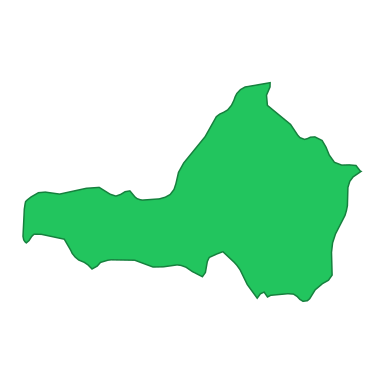 map outline of Nueva Segovia (Natural Earth projection)
{"feature_id": "NIC-667", "entity_name": "Nueva Segovia", "entity_type": "Department", "adm_level": 1, "iso_a3": "NIC", "parent_name": "Nicaragua", "parent_adm1": "", "projection": "natural_earth1", "projection_center": [-86.233, 13.77], "detail": "fine", "context": "isolated", "style": "filled", "palette": "green", "viewbox_px": 384, "rotation_deg": 0, "n_neighbors": 0, "source": "natural_earth", "source_scale": "10m", "svg_char_len": 1571}
<svg xmlns="http://www.w3.org/2000/svg" viewBox="0 0 384 384"><path d="M270.1,82.7L270.0,87.0L266.5,95.2L267.4,105.4L290.6,124.5L297.7,135.2L299.9,137.6L304.5,139.4L307.5,138.6L310.4,137.2L314.9,136.9L322.1,140.5L326.0,147.2L329.2,155.0L334.4,162.3L341.7,165.1L349.3,164.9L356.0,165.5L360.3,171.1L361.0,171.4L353.1,176.9L349.8,181.3L347.9,187.5L347.4,205.7L346.4,210.7L345.0,215.4L335.5,233.9L332.6,242.8L331.5,252.3L332.1,275.1L328.5,280.2L322.5,283.6L315.2,289.8L309.7,298.7L307.4,300.7L303.0,301.3L299.9,299.4L297.2,296.5L293.5,294.1L287.9,293.7L270.7,295.3L267.5,297.0L264.1,292.1L260.4,293.8L257.2,298.2L247.3,284.6L240.1,269.8L236.9,265.3L234.2,262.3L222.9,251.7L216.5,254.1L209.3,257.4L208.4,259.1L207.3,261.6L205.4,272.5L202.4,276.7L192.4,271.6L186.0,267.2L181.0,265.4L177.1,264.9L163.5,266.8L153.0,267.0L134.7,260.2L111.1,259.8L107.9,260.2L100.5,262.4L97.2,266.1L92.0,269.0L88.0,264.9L84.2,262.3L78.7,260.0L75.1,257.0L72.2,253.4L70.7,250.2L64.3,239.2L41.3,234.3L34.1,234.2L32.6,235.5L31.5,236.7L29.0,240.6L26.3,242.9L25.0,241.8L23.7,239.8L23.0,236.3L24.0,215.9L24.3,209.2L25.1,203.9L25.6,201.6L27.2,200.0L31.0,197.0L38.4,192.7L45.3,192.1L59.6,194.1L86.3,188.3L99.2,187.4L110.1,194.2L115.9,196.1L120.7,194.4L125.1,191.7L129.9,190.9L135.0,197.0L137.0,198.6L140.1,199.7L142.4,200.1L159.3,198.9L165.3,197.2L170.2,194.5L174.0,189.5L175.9,183.8L178.5,172.4L183.7,163.0L205.1,136.7L216.4,116.6L219.9,114.0L223.7,112.3L227.7,109.9L231.5,105.3L233.9,100.4L235.2,96.7L236.9,93.4L240.5,89.6L245.1,87.0L270.1,82.7Z" fill="#22c55e" stroke="#15803d" stroke-width="1.5"/></svg>